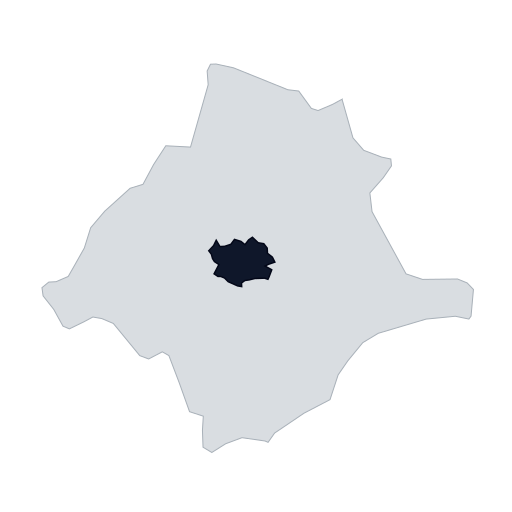 where Glogovac sits in Kosovo, rotated 267°
{"feature_id": "KOS-5899", "entity_name": "Glogovac", "entity_type": "District", "adm_level": 1, "iso_a3": "XKX", "parent_name": "Kosovo", "parent_adm1": "", "projection": "albers", "projection_center": [20.868, 42.604], "detail": "fine", "context": "in_parent", "style": "filled", "palette": "ink", "viewbox_px": 512, "rotation_deg": 267, "n_neighbors": 0, "source": "natural_earth", "source_scale": "10m", "svg_char_len": 1541}
<svg xmlns="http://www.w3.org/2000/svg" viewBox="0 0 512 512"><g transform="rotate(267 256 256)"><path d="M133.1,172.8L161.1,163.8L165.2,157.4L158.8,143.4L162.6,134.7L196.1,110.0L201.6,98.7L203.6,89.9L199.2,80.5L193.0,65.8L196.0,59.6L213.3,51.2L227.3,41.3L235.6,40.6L240.8,47.7L240.8,55.0L245.4,67.4L255.8,74.1L273.0,85.0L292.9,92.4L308.7,107.3L330.2,133.8L333.5,146.9L352.8,158.6L370.8,171.7L368.2,196.3L429.5,217.2L443.3,216.9L449.9,220.6L449.8,226.2L445.1,243.4L420.4,296.4L418.5,307.3L400.5,319.0L398.0,325.6L403.3,340.1L408.1,350.3L407.7,350.2L368.9,359.0L355.9,369.1L348.2,386.6L345.8,395.7L338.9,396.0L327.4,387.1L313.0,373.0L294.2,374.2L230.3,404.9L223.9,421.1L222.5,456.0L218.1,465.4L211.2,471.4L184.7,467.6L181.9,465.3L185.4,451.9L184.1,422.6L172.4,374.0L163.9,358.1L146.5,342.2L133.0,331.8L108.7,322.4L96.5,295.7L78.2,265.3L69.3,258.3L70.8,255.3L75.3,232.5L70.1,215.9L62.1,201.6L67.8,193.1L84.8,193.4L98.8,195.0L104.0,181.5L133.1,172.8Z" fill="#d9dde1" stroke="#a8b0b8" stroke-width="1"/><path d="M232.1,266.7L233.4,263.4L233.6,253.7L232.5,247.9L232.1,243.6L229.8,240.1L226.2,240.1L227.1,236.1L231.8,226.9L235.7,223.4L237.4,219.8L237.6,216.9L240.4,213.2L249.4,218.5L252.6,214.2L255.6,212.5L260.2,211.5L263.7,209.1L268.6,214.2L273.8,217.1L267.3,220.5L267.3,225.2L269.0,231.5L273.7,235.4L271.4,241.7L267.9,245.6L272.5,249.5L274.9,253.4L269.1,258.9L267.9,264.4L263.3,267.6L258.1,267.6L254.0,272.3L248.9,274.5L247.1,268.2L245.5,264.5L241.4,271.0L234.4,267.9L232.1,266.7Z" fill="#0f172a" stroke="#020617" stroke-width="1.5"/></g></svg>